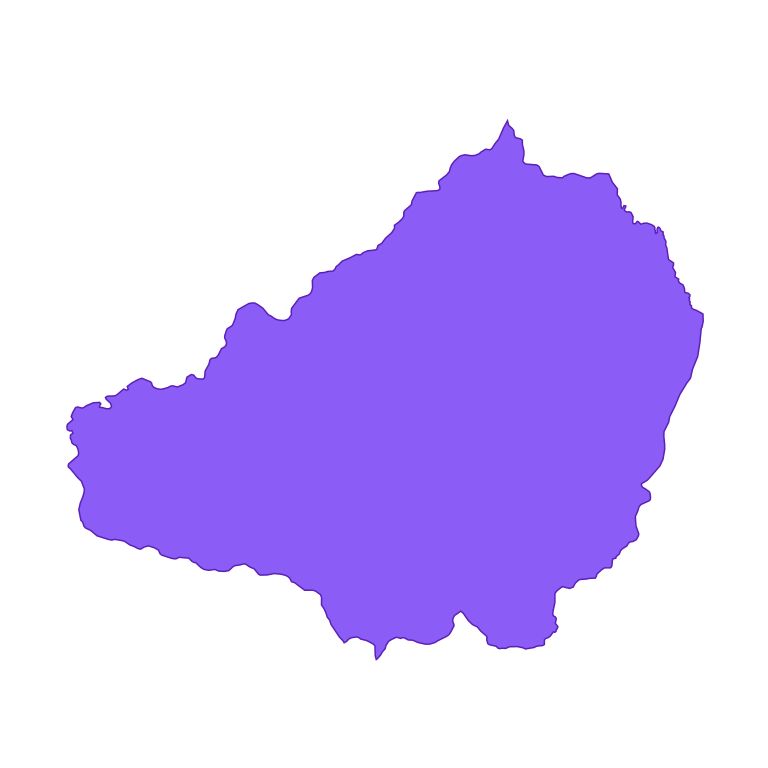 Hatu-Builico, Ainaro, East Timor, rotated 96°
{"feature_id": "22284137B50442427378542", "entity_name": "Hatu-Builico", "entity_type": "district", "adm_level": 2, "iso_a3": "TLS", "parent_name": "East Timor", "parent_adm1": "Ainaro", "projection": "mercator", "projection_center": [125.548, -8.944], "detail": "fine", "context": "isolated", "style": "filled", "palette": "violet", "viewbox_px": 768, "rotation_deg": 96, "n_neighbors": 0, "source": "geoboundaries", "source_scale": "gbopen_adm2", "svg_char_len": 6138}
<svg xmlns="http://www.w3.org/2000/svg" viewBox="0 0 768 768"><g transform="rotate(96 384 384)"><path d="M449.0,691.7L451.9,689.6L457.2,694.6L459.6,694.9L462.5,694.2L463.6,691.4L463.0,689.6L465.4,688.2L467.4,690.4L470.7,690.3L473.0,688.9L475.1,688.3L476.3,686.8L477.6,683.4L480.5,681.7L484.0,680.5L487.1,680.6L496.3,689.2L498.2,689.6L499.9,689.0L500.9,687.2L509.0,679.0L512.3,674.8L519.8,671.0L523.2,671.0L527.9,671.8L534.2,673.6L540.9,674.4L551.3,671.2L552.7,669.3L556.9,667.5L558.5,665.5L560.3,660.4L565.0,653.5L567.3,642.4L567.7,638.3L566.8,636.2L566.7,633.9L567.4,625.9L570.8,619.6L571.4,616.5L573.4,611.4L573.7,608.8L571.2,605.5L569.6,601.2L570.9,595.2L572.8,590.9L576.2,589.0L577.4,587.1L579.6,576.9L579.8,573.7L579.2,571.7L577.8,569.9L577.6,559.9L580.3,556.7L581.4,554.2L581.3,552.7L585.8,546.7L587.1,543.8L587.4,541.6L587.6,538.6L586.1,532.9L587.3,528.9L587.1,523.2L585.8,518.8L581.5,515.1L580.3,513.5L579.1,508.7L577.6,504.9L577.6,502.8L580.1,498.1L581.3,493.9L586.3,488.9L587.0,487.1L586.1,480.2L584.0,473.5L583.9,466.6L584.6,461.9L585.5,459.6L587.1,457.3L590.3,455.3L590.9,452.2L597.4,441.3L596.5,433.1L597.2,430.3L600.1,425.2L602.7,423.8L610.2,423.1L613.8,420.1L617.5,417.9L621.7,416.1L624.6,413.3L628.6,411.6L640.4,401.8L643.7,397.9L645.5,396.6L644.1,394.5L641.2,392.2L639.7,389.8L638.4,384.4L638.8,382.7L640.1,380.5L640.9,374.8L642.1,371.3L643.9,367.2L645.5,365.6L655.1,364.3L658.8,362.9L657.7,361.7L653.6,358.9L650.9,357.8L647.2,355.2L643.8,354.7L639.4,352.5L637.2,349.7L634.5,345.1L635.3,340.6L634.3,339.2L634.3,337.4L636.0,333.2L635.8,328.6L637.5,323.3L638.4,315.8L637.9,311.4L635.8,306.3L633.5,303.4L628.6,295.6L626.8,293.5L624.5,292.0L617.4,289.2L615.9,289.3L612.9,290.8L610.3,291.0L606.9,289.7L601.9,283.9L603.8,281.1L610.4,275.5L613.9,271.0L615.9,265.7L619.6,262.0L624.3,255.3L628.0,255.0L631.4,253.6L632.3,251.8L633.1,245.0L634.8,243.0L635.1,241.4L634.4,238.6L634.3,235.5L632.2,231.7L631.2,224.0L631.8,218.3L632.7,215.6L630.3,207.0L629.2,205.5L628.4,203.3L627.6,199.0L626.3,197.3L621.6,197.7L620.2,196.6L619.2,194.4L617.5,192.4L612.8,189.7L613.1,188.1L611.8,187.0L610.2,187.1L609.2,186.1L607.1,185.7L604.1,188.6L599.4,188.1L597.7,189.3L597.1,190.9L595.9,192.0L592.9,192.2L583.5,191.2L574.5,192.1L571.4,190.3L566.9,185.5L567.9,178.1L566.2,174.6L562.1,173.0L558.5,169.8L557.8,168.0L556.7,161.8L555.9,159.9L555.0,153.6L553.3,152.8L550.6,152.3L545.6,147.8L543.8,145.4L543.2,139.6L542.1,138.7L540.7,138.4L535.6,138.4L533.9,138.0L533.1,135.3L531.5,135.1L528.4,132.2L525.3,131.4L523.4,130.2L519.6,125.5L516.6,124.2L515.3,122.6L514.5,119.7L512.3,116.7L508.4,115.1L506.5,114.9L498.7,118.6L489.6,120.2L484.0,118.4L479.4,117.5L477.0,115.9L472.5,108.2L471.2,107.1L468.7,107.1L465.3,107.9L463.6,108.7L460.9,113.3L459.9,115.8L457.9,117.4L456.1,117.4L452.4,112.3L450.0,110.4L436.7,101.1L429.8,98.7L419.8,98.0L414.6,98.6L407.0,100.2L402.1,100.6L392.3,96.9L386.7,96.5L375.9,92.4L363.5,88.7L351.5,83.0L346.1,79.8L337.0,78.7L323.8,74.9L310.1,74.2L295.8,74.3L294.2,73.7L288.3,73.1L281.0,74.1L278.2,80.7L277.4,84.1L276.2,86.1L273.9,86.5L273.1,88.0L270.3,88.1L269.0,89.2L267.2,89.0L266.0,89.8L265.3,89.1L264.1,88.9L263.1,89.2L261.9,91.0L261.5,94.4L257.5,95.2L254.3,96.9L252.4,100.9L250.5,102.0L248.9,101.9L246.9,105.9L242.7,105.7L237.8,109.2L235.7,108.5L233.3,108.7L230.9,113.3L229.9,114.2L219.2,116.9L216.5,118.4L212.8,118.5L209.2,120.8L207.3,121.1L206.7,122.0L203.6,122.3L202.7,124.6L200.5,125.7L199.8,126.5L199.3,127.3L199.5,128.0L201.5,128.6L204.4,127.9L205.9,129.2L205.7,129.8L203.4,130.0L202.0,130.9L200.2,131.0L199.1,131.6L197.6,134.5L196.5,139.3L197.1,143.0L198.0,144.4L198.0,145.5L196.0,148.1L195.8,149.1L198.3,150.7L198.4,152.8L197.4,153.6L191.4,153.8L187.7,156.2L187.1,158.1L187.6,160.6L186.5,162.8L185.6,163.2L182.8,162.2L181.7,162.1L181.5,162.4L181.6,164.0L184.5,165.1L184.1,166.3L180.7,167.2L178.7,167.2L175.3,168.4L171.5,171.8L165.4,172.3L159.6,177.9L151.6,182.4L152.0,192.2L153.0,194.7L157.5,200.4L157.8,204.0L154.8,217.0L155.1,219.6L156.3,222.5L158.8,226.9L160.3,228.0L160.5,233.5L159.7,236.8L160.7,244.2L159.5,247.4L151.6,252.4L150.2,254.8L150.4,266.2L149.4,267.9L147.7,269.3L141.4,268.8L137.4,269.3L131.3,271.4L127.0,271.9L125.9,274.0L125.2,279.0L122.7,280.6L118.4,281.4L116.4,283.3L113.8,287.0L109.2,288.7L117.1,292.0L128.4,295.5L133.1,298.6L138.5,301.3L140.0,303.0L139.9,307.5L143.1,311.7L145.1,313.5L147.0,317.0L147.8,320.4L147.6,327.5L148.7,330.8L150.0,333.0L155.0,337.3L158.8,339.6L162.2,340.7L166.0,341.2L169.7,343.7L176.1,350.5L178.4,350.7L181.5,349.3L183.9,348.7L185.6,350.0L186.3,352.1L187.8,361.4L189.8,368.3L189.9,370.6L190.6,371.9L199.0,375.2L203.0,375.6L209.5,381.7L211.0,382.2L215.3,381.9L218.1,383.4L221.9,386.6L225.0,390.2L228.1,389.8L232.8,392.2L238.7,397.6L244.4,401.0L246.9,404.5L250.7,405.2L251.6,406.6L253.3,414.4L255.7,418.6L257.7,420.4L258.2,421.8L258.0,425.0L262.1,431.1L266.1,438.4L270.5,441.9L272.3,443.9L274.6,444.6L277.1,446.6L277.9,451.7L279.3,454.7L280.2,459.5L285.2,464.8L288.5,466.1L295.7,465.1L299.9,465.8L301.7,466.7L303.5,468.4L307.4,477.1L308.6,478.0L318.4,483.8L321.3,483.9L324.8,483.3L329.1,485.6L331.2,489.2L331.5,492.2L331.4,496.3L330.5,499.4L328.2,503.6L327.3,506.2L321.2,512.5L318.3,517.7L317.1,520.6L317.0,522.4L318.0,526.7L325.3,536.9L329.9,538.5L334.4,538.8L341.0,540.7L342.4,541.7L345.3,545.5L347.1,546.3L352.4,547.4L354.0,547.4L355.5,546.9L358.1,545.3L360.5,544.9L362.3,545.3L363.7,546.4L366.0,549.4L372.7,551.9L374.8,553.4L375.7,554.7L376.6,558.4L378.2,559.6L382.7,560.2L389.7,563.2L396.0,563.1L398.0,564.1L398.3,569.8L397.5,571.9L395.2,574.0L394.6,576.2L395.5,577.8L397.9,580.7L403.5,581.5L405.7,583.8L408.6,589.3L407.9,593.6L408.1,595.3L410.4,599.1L412.6,605.0L412.5,609.0L411.6,612.0L410.3,614.0L407.3,615.3L406.2,616.5L403.6,625.3L405.0,628.5L406.9,631.4L409.6,635.2L413.3,639.1L415.9,637.8L417.1,639.2L416.2,642.3L423.3,649.2L424.0,650.8L424.9,657.2L425.4,658.5L426.7,659.6L428.2,658.7L431.6,654.1L434.4,652.7L435.9,653.0L437.3,654.7L437.6,657.4L436.9,661.5L436.9,664.4L435.5,664.5L433.3,663.6L432.0,664.9L433.1,671.2L436.8,677.9L438.6,679.8L439.5,681.6L438.9,686.4L439.7,688.3L444.7,690.5L449.0,691.7Z" fill="#8b5cf6" stroke="#5b21b6" stroke-width="1.5"/></g></svg>